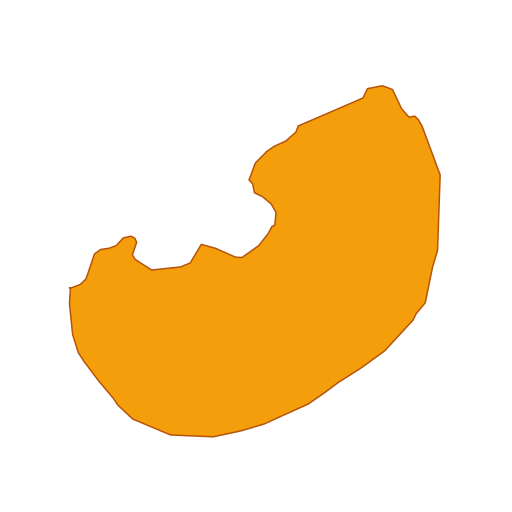 N'Djaména, Ville de N'Djamena, Chad, rotated 102°
{"feature_id": "50815135B39277656442366", "entity_name": "N'Djaména", "entity_type": "district", "adm_level": 2, "iso_a3": "TCD", "parent_name": "Chad", "parent_adm1": "Ville de N'Djamena", "projection": "natural_earth1", "projection_center": [15.012, 12.105], "detail": "fine", "context": "isolated", "style": "filled", "palette": "amber", "viewbox_px": 512, "rotation_deg": 102, "n_neighbors": 0, "source": "geoboundaries", "source_scale": "gbopen_adm2", "svg_char_len": 1828}
<svg xmlns="http://www.w3.org/2000/svg" viewBox="0 0 512 512"><g transform="rotate(102 256 256)"><path d="M266.5,80.7L230.2,81.0L212.8,79.6L138.5,92.7L94.5,120.5L88.8,125.7L86.2,129.8L87.8,133.8L88.4,135.2L84.4,140.6L83.5,141.8L81.7,144.2L74.5,149.7L72.0,151.6L65.3,156.7L64.8,157.2L63.8,163.6L63.7,164.5L63.2,168.0L63.5,168.6L65.8,174.0L67.5,177.8L67.9,178.9L69.1,181.7L71.0,182.2L74.1,183.0L77.2,183.7L79.2,184.2L80.1,185.5L90.5,200.1L92.2,202.5L97.8,210.4L104.5,219.8L120.0,241.7L126.4,242.7L126.6,242.8L133.0,247.5L135.5,249.4L137.3,250.7L139.6,253.8L140.6,255.1L142.0,257.1L145.1,261.2L148.2,264.1L151.7,267.4L151.8,267.4L152.6,267.9L165.2,276.0L178.3,277.9L178.9,278.0L181.1,278.3L182.2,278.5L183.1,278.6L186.0,274.3L194.4,270.7L195.3,267.5L195.4,266.9L196.0,264.5L196.6,262.0L198.2,259.0L202.0,251.9L209.3,245.4L218.6,244.4L221.8,244.0L224.0,246.6L231.5,248.7L245.4,255.6L259.1,268.2L260.2,269.2L260.4,269.4L261.0,273.3L261.4,275.9L261.1,277.0L261.1,277.3L259.7,283.7L257.3,295.3L256.9,296.8L256.4,305.7L256.0,311.9L265.1,315.0L266.5,315.5L275.6,318.6L276.4,318.8L279.3,323.1L282.4,327.5L285.2,336.3L288.8,347.2L291.4,355.1L287.6,365.3L284.4,373.6L282.7,375.1L280.6,377.2L278.7,376.9L267.4,375.6L264.5,377.7L264.0,378.0L263.9,378.1L262.6,382.4L266.0,389.7L267.0,390.3L269.2,391.5L274.8,394.8L278.1,399.9L278.8,401.0L279.3,402.2L281.9,409.3L287.5,414.4L289.2,414.6L290.9,414.8L304.6,416.4L304.8,416.4L309.6,417.0L313.9,417.6L320.4,422.0L322.8,425.7L325.7,430.3L325.8,432.4L326.3,430.8L335.0,429.5L341.5,428.5L370.8,419.1L387.5,409.7L394.7,402.5L410.9,383.9L424.8,366.1L430.6,360.1L441.1,342.7L448.8,302.5L448.8,302.3L441.8,260.4L430.1,234.2L418.5,212.9L408.5,199.5L389.9,174.1L375.4,160.5L362.8,149.4L343.1,129.4L322.0,110.4L285.9,89.0L279.0,87.3L266.5,80.7Z" fill="#f59e0b" stroke="#b45309" stroke-width="1.5"/></g></svg>